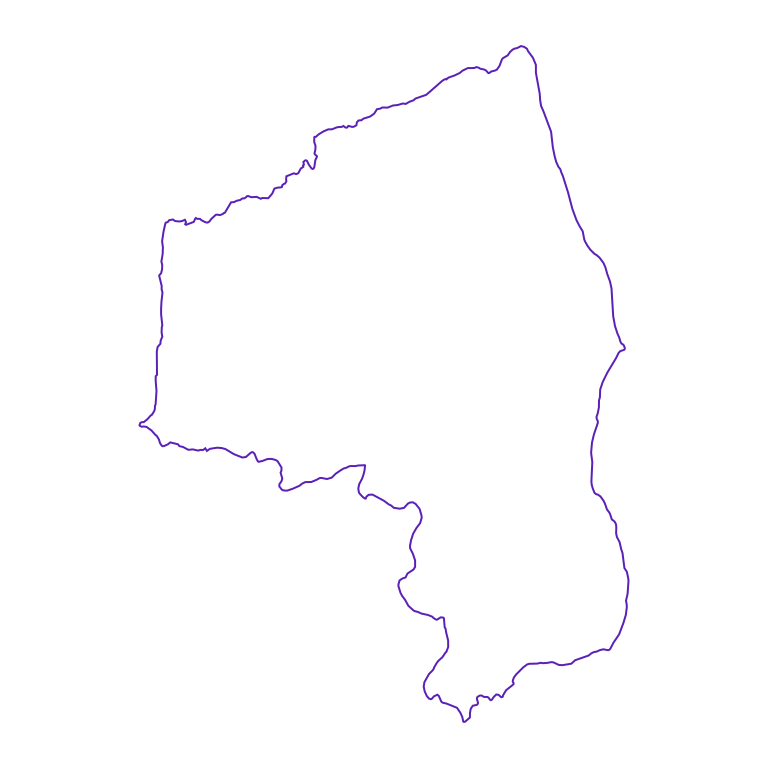 Nakfa, Semenawi Keyih Bahri, Eritrea (Natural Earth projection)
{"feature_id": "51966322B11242853993597", "entity_name": "Nakfa", "entity_type": "district", "adm_level": 2, "iso_a3": "ERI", "parent_name": "Eritrea", "parent_adm1": "Semenawi Keyih Bahri", "projection": "natural_earth1", "projection_center": [38.262, 16.728], "detail": "fine", "context": "isolated", "style": "outline", "palette": "violet", "viewbox_px": 768, "rotation_deg": 0, "n_neighbors": 0, "source": "geoboundaries", "source_scale": "gbopen_adm2", "svg_char_len": 6089}
<svg xmlns="http://www.w3.org/2000/svg" viewBox="0 0 768 768"><path d="M162.5,292.5L161.5,301.3L161.1,308.5L161.1,314.3L162.3,325.2L161.8,327.2L161.6,332.4L162.3,336.7L160.7,340.5L160.4,343.8L157.6,347.0L156.8,351.5L157.0,374.9L155.7,376.2L155.7,381.3L156.5,390.9L155.6,404.5L155.0,405.7L154.8,409.3L154.1,411.3L151.8,414.9L150.9,415.3L147.4,419.2L143.8,422.1L142.1,422.1L140.4,422.8L139.5,425.1L139.9,425.9L141.7,426.7L143.8,426.5L146.5,426.9L151.5,430.5L155.5,435.0L156.6,435.7L158.9,439.4L160.1,443.3L161.7,445.6L162.6,446.2L164.2,446.0L167.9,444.3L170.3,442.4L178.0,444.3L179.4,446.1L183.1,447.0L188.3,449.8L192.9,449.4L198.1,450.6L200.3,449.9L203.1,450.0L205.3,448.3L206.9,450.9L210.0,448.8L217.1,447.7L221.4,448.0L225.3,449.0L234.0,454.2L242.4,457.5L245.9,457.0L250.7,452.8L252.0,452.1L252.8,452.2L254.5,453.7L256.7,459.2L257.9,461.4L258.6,461.8L262.6,460.9L267.5,459.0L271.6,458.9L275.7,460.0L277.5,461.1L281.5,467.5L281.4,470.8L280.6,472.7L282.3,478.6L281.5,481.2L279.4,484.2L279.3,486.4L281.7,489.5L283.1,490.3L285.3,490.6L287.2,490.6L292.6,488.8L299.6,485.7L302.0,483.7L305.3,482.1L311.3,482.0L316.6,479.8L319.6,478.1L321.2,477.9L327.0,479.0L331.8,477.6L335.7,473.7L340.2,470.6L343.4,468.6L347.0,467.5L348.7,466.5L350.9,466.0L355.4,466.1L358.1,465.5L364.8,465.2L365.1,465.5L364.4,471.1L363.4,474.9L362.1,478.6L359.1,484.4L358.3,488.7L358.8,491.9L359.5,493.5L363.1,497.3L364.9,498.5L365.8,498.5L366.4,496.7L368.7,494.8L372.5,494.6L384.0,500.8L388.8,504.4L391.1,505.5L393.8,507.8L399.7,508.7L404.0,507.9L407.9,503.6L410.1,502.5L412.8,502.3L415.6,503.9L419.6,508.9L421.5,515.5L421.7,517.7L420.1,523.2L416.5,527.9L413.1,533.8L411.0,540.5L410.0,545.9L410.1,548.2L412.8,553.6L415.1,560.4L415.1,566.9L413.4,569.6L407.5,573.5L405.5,577.5L402.4,578.5L399.6,580.4L398.5,584.1L398.4,586.0L400.6,593.1L402.4,596.3L405.0,599.7L408.3,605.7L413.2,610.2L414.6,611.1L417.7,611.9L421.6,613.6L428.0,615.0L432.1,616.6L433.9,618.3L436.4,619.7L437.2,619.6L440.6,617.4L443.0,617.5L443.9,618.2L444.7,627.3L445.6,628.8L446.2,632.7L448.1,640.3L448.2,647.0L446.3,652.0L445.7,652.3L442.4,657.2L438.4,660.8L436.8,662.9L434.0,667.6L433.8,668.7L432.5,670.5L429.0,674.0L424.4,682.2L423.7,686.5L424.6,691.1L426.8,696.0L429.0,698.6L430.9,699.2L431.8,698.8L434.0,696.3L437.4,694.7L438.9,696.1L441.3,701.6L442.4,702.6L446.6,703.6L457.0,707.8L460.3,712.7L462.2,716.7L463.3,721.6L463.8,721.9L465.1,721.7L469.9,717.5L470.0,712.8L470.7,709.0L471.4,707.7L472.9,705.7L476.8,704.9L477.8,703.8L478.0,702.7L476.9,698.9L477.1,697.4L478.1,696.5L479.7,695.6L481.6,695.5L483.9,696.9L487.3,697.0L488.4,697.5L490.0,699.7L490.8,700.2L491.9,699.7L493.8,696.9L496.3,694.5L498.5,694.8L501.2,697.2L502.7,696.8L503.1,695.2L506.1,690.2L513.5,684.3L513.6,683.1L512.8,681.9L512.9,680.2L513.9,677.5L516.1,674.5L523.2,667.4L527.2,664.4L529.3,663.8L537.2,663.6L540.8,662.8L542.8,663.2L547.1,662.9L551.7,662.1L553.7,662.5L558.8,664.9L562.3,665.2L571.3,663.7L575.2,660.2L588.7,655.5L591.2,653.4L594.1,652.0L596.7,651.6L599.9,650.1L603.4,649.3L608.0,650.2L609.1,649.9L610.2,649.0L613.4,642.8L619.1,634.4L623.4,623.0L625.8,615.0L626.8,607.5L626.7,604.4L626.0,600.7L627.6,593.8L628.5,580.9L628.3,578.7L626.9,571.9L624.4,568.0L622.5,553.0L621.2,549.2L619.6,542.2L616.9,537.0L616.1,533.1L616.3,527.8L616.1,524.9L615.5,523.1L614.4,521.4L611.8,519.4L610.2,514.4L609.3,512.5L607.0,509.5L604.9,503.5L603.5,500.7L600.5,496.5L597.9,494.6L596.1,494.2L594.4,492.7L592.6,487.9L591.7,484.6L591.4,481.3L592.3,462.1L591.1,452.8L592.0,442.5L594.0,434.2L597.8,423.0L597.8,421.2L596.7,418.7L596.5,417.0L597.7,413.4L598.9,407.5L599.0,400.4L599.9,397.3L600.2,389.5L602.8,381.8L607.4,372.5L616.1,358.0L618.6,352.9L620.3,351.1L624.0,349.9L624.7,349.2L624.8,348.0L623.9,345.5L622.9,344.4L621.4,343.5L620.2,341.1L619.3,337.7L617.5,333.7L615.0,326.1L613.2,316.2L611.5,288.4L610.0,281.5L607.3,274.1L605.4,267.4L603.5,263.0L599.5,257.6L596.6,255.1L594.4,253.8L590.3,249.7L587.3,245.5L585.2,241.7L584.3,239.6L582.7,231.3L579.3,225.7L576.5,220.2L572.4,209.0L568.0,192.3L562.8,175.8L561.3,172.4L560.3,169.2L558.4,166.8L556.2,161.9L554.7,156.5L552.8,147.1L551.1,131.8L543.4,111.2L541.1,106.0L540.2,100.5L539.7,93.6L535.9,72.8L535.9,64.9L532.9,57.7L528.1,51.2L526.9,48.7L524.0,46.8L520.9,46.1L517.3,48.0L514.3,48.7L512.4,49.8L510.1,51.9L507.7,55.4L502.9,58.2L501.9,59.5L499.5,65.9L496.9,69.6L494.9,70.6L491.2,71.5L489.3,73.0L488.4,73.1L485.9,70.4L484.4,69.6L480.2,68.7L478.7,67.7L476.4,67.1L474.2,68.0L467.8,68.1L462.6,70.6L459.7,73.0L454.5,75.5L448.5,77.6L446.6,79.2L446.4,78.8L444.2,79.6L442.4,80.7L426.3,94.8L415.6,98.5L413.4,100.3L409.2,101.9L405.8,103.9L402.8,103.5L397.8,105.0L393.0,105.5L387.6,107.6L382.2,107.5L380.1,108.7L377.0,109.2L374.2,113.6L370.2,116.5L363.3,118.7L361.5,120.2L358.5,120.5L356.8,122.5L356.4,125.3L353.6,126.8L352.0,126.9L348.7,125.9L348.0,126.2L347.4,127.4L346.4,127.7L345.2,127.4L343.5,126.0L341.6,126.9L337.3,127.2L331.9,129.3L328.4,129.3L323.7,131.3L318.7,134.3L315.8,136.9L314.5,136.9L314.3,137.3L314.2,141.9L315.5,145.8L315.4,149.5L314.5,153.3L314.9,154.4L316.8,156.0L317.0,156.7L315.4,159.9L314.3,167.1L313.7,168.4L312.7,169.0L311.6,168.5L308.8,164.6L307.0,160.9L306.0,160.3L305.0,160.5L303.4,162.0L303.9,164.7L303.0,165.5L303.3,166.9L300.8,168.5L298.3,173.2L296.2,174.1L293.8,173.3L286.4,176.3L286.1,179.3L286.4,181.3L285.1,183.5L283.9,183.9L282.2,185.3L282.0,186.8L281.4,187.3L277.2,187.7L274.4,188.6L272.3,193.5L268.3,198.2L262.2,198.0L260.9,198.8L256.7,196.9L251.3,197.2L248.1,196.0L246.8,196.3L246.2,197.1L244.3,198.4L242.4,198.4L240.2,200.0L236.5,200.8L234.1,202.1L231.1,202.3L224.9,212.7L223.6,213.2L222.8,214.0L219.9,215.1L217.0,214.6L215.7,214.9L211.6,218.6L209.2,221.7L207.5,222.6L205.5,222.3L201.6,220.3L200.0,218.9L197.2,218.9L195.9,218.0L195.1,218.8L194.0,221.6L193.3,222.1L186.0,224.8L185.2,224.2L186.0,222.0L184.9,219.8L182.2,221.0L179.1,221.5L174.9,221.0L173.0,219.5L169.2,220.2L167.7,222.1L165.8,222.6L165.3,223.7L163.5,231.8L162.1,241.3L162.9,247.3L162.7,253.7L161.4,261.6L162.2,264.9L162.1,269.2L161.1,273.3L159.3,275.2L159.2,275.8L161.7,286.0L161.6,289.1L162.5,292.5Z" fill="none" stroke="#5b21b6" stroke-width="2"/></svg>